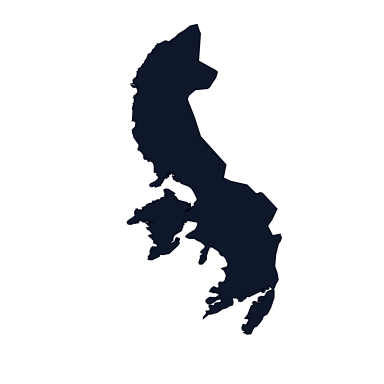 Ulstein nor, Møre og Romsdal, Norway, rotated 337°
{"feature_id": "86288312B47478936056679", "entity_name": "Ulstein nor", "entity_type": "district", "adm_level": 2, "iso_a3": "NOR", "parent_name": "Norway", "parent_adm1": "Møre og Romsdal", "projection": "albers", "projection_center": [5.867, 62.327], "detail": "fine", "context": "isolated", "style": "filled", "palette": "ink", "viewbox_px": 384, "rotation_deg": 337, "n_neighbors": 0, "source": "geoboundaries", "source_scale": "gbopen_adm2", "svg_char_len": 6092}
<svg xmlns="http://www.w3.org/2000/svg" viewBox="0 0 384 384"><g transform="rotate(337 192 192)"><path d="M262.0,39.9L254.9,38.7L249.2,40.4L241.6,41.5L235.6,43.8L235.0,43.5L229.6,45.1L226.5,42.6L220.1,43.1L218.1,42.4L218.1,43.2L215.7,43.5L215.7,44.3L211.2,46.1L211.2,46.9L210.0,47.2L209.9,48.0L205.1,48.6L204.9,49.4L201.7,52.5L200.9,52.4L200.9,53.2L199.3,53.6L199.2,54.8L196.4,55.4L195.9,57.0L194.8,56.6L194.7,57.4L190.7,58.0L191.1,59.2L190.3,59.2L189.8,60.3L188.6,59.9L188.4,61.1L187.5,62.2L187.7,63.4L186.9,63.4L186.8,64.2L186.1,64.2L185.6,65.3L183.6,64.9L183.6,65.7L181.6,66.0L181.0,69.1L179.8,69.1L182.3,70.9L181.6,73.0L178.2,70.2L178.9,72.6L180.0,72.4L180.1,73.1L181.7,73.4L182.2,74.4L182.0,75.6L182.8,75.6L180.5,80.3L179.4,79.9L179.3,80.7L176.5,80.9L176.1,82.1L175.3,82.1L175.4,84.1L174.9,85.3L173.4,87.6L172.6,87.6L172.6,89.6L171.8,89.5L171.7,90.7L170.9,90.7L169.8,92.2L169.8,93.8L169.3,95.0L166.3,100.9L166.2,101.7L165.2,102.8L166.0,102.8L166.1,103.7L167.4,104.8L167.7,105.5L167.5,106.7L165.3,110.2L161.5,111.6L160.5,115.4L160.6,116.9L160.0,118.9L162.0,127.6L160.5,130.7L159.6,130.8L159.1,131.9L159.5,132.7L160.1,132.8L161.7,136.6L162.2,140.3L161.2,141.0L161.2,143.1L163.9,144.3L163.7,145.8L164.2,146.9L165.2,146.5L166.3,147.0L168.0,150.2L167.8,151.9L168.1,152.0L165.3,159.1L167.3,159.8L167.1,161.7L166.4,162.2L166.5,163.0L167.3,164.3L167.0,165.7L166.0,166.9L162.5,168.1L156.9,168.5L155.9,169.3L155.9,170.2L157.1,171.3L160.4,171.6L160.4,173.1L165.6,173.5L165.8,172.7L168.5,171.4L172.0,168.4L174.3,169.1L174.5,166.6L175.2,166.6L175.4,168.2L176.4,168.6L177.0,166.8L178.2,166.4L179.0,166.9L177.0,165.6L176.7,164.5L178.6,164.6L180.0,165.9L179.3,166.8L181.1,166.4L181.0,166.7L181.9,167.4L181.5,167.8L182.2,168.0L182.2,168.7L183.6,169.3L183.0,169.9L183.1,170.9L180.9,170.5L180.0,169.3L180.7,170.6L180.1,172.7L182.6,176.6L184.4,176.8L186.0,180.0L191.4,185.2L193.1,188.1L193.9,191.8L194.4,200.5L192.9,202.1L189.6,203.5L189.2,205.4L188.7,206.1L187.0,205.8L185.3,207.1L182.5,207.7L178.7,207.8L178.9,207.0L181.0,206.3L184.5,206.4L185.0,205.4L184.7,204.4L185.5,203.1L185.6,201.8L184.4,201.7L183.2,202.6L182.1,202.0L183.3,200.6L183.2,200.0L175.9,194.3L175.0,190.1L173.1,187.5L175.3,186.5L171.2,180.5L169.4,179.3L167.1,179.2L166.8,183.2L165.4,184.8L166.4,186.8L161.6,185.5L158.9,187.0L157.3,185.8L153.5,186.3L152.7,185.3L151.6,186.3L150.0,186.8L148.5,186.1L145.3,186.2L144.6,187.1L143.2,187.4L140.4,187.1L139.8,188.9L138.7,189.2L136.9,188.2L135.8,188.2L135.1,186.6L134.4,187.0L134.0,186.1L131.4,188.2L131.0,190.4L130.2,192.1L123.1,193.5L121.2,194.1L120.6,194.9L120.8,196.2L122.2,197.4L124.6,198.0L125.9,197.6L128.0,198.7L129.4,197.3L130.3,197.5L129.8,199.0L130.6,199.1L132.4,197.3L134.0,197.3L134.0,198.5L134.8,198.7L135.3,200.3L136.9,199.5L136.6,201.0L137.2,201.3L138.4,200.5L144.1,204.1L143.1,204.4L137.8,202.8L140.0,207.7L138.6,208.3L136.5,207.5L136.8,209.2L137.5,209.6L138.9,212.5L138.8,213.3L139.3,214.0L139.4,215.3L138.7,215.8L135.4,215.4L136.1,217.7L137.1,218.2L137.0,219.4L137.8,220.9L138.1,222.5L137.1,223.3L137.4,224.2L139.5,226.1L139.7,227.5L138.6,229.0L137.5,229.1L134.5,227.2L132.7,227.8L130.0,230.7L130.4,232.3L126.7,234.6L127.2,235.1L125.6,236.7L127.2,238.0L129.4,238.6L136.7,238.2L137.3,236.8L138.7,236.9L141.2,238.2L146.9,239.4L157.3,235.7L160.0,234.1L160.3,233.5L159.7,232.4L161.8,230.8L162.0,229.9L161.3,229.5L159.6,231.3L158.8,231.5L158.7,230.8L160.5,229.3L160.2,228.2L158.8,228.9L157.0,231.0L153.2,231.8L152.6,230.7L152.8,229.5L155.4,228.7L155.6,227.5L158.8,224.5L167.0,223.2L169.9,220.2L170.3,218.9L171.7,218.7L172.4,216.9L173.5,216.6L174.5,217.4L176.1,216.1L177.4,216.5L185.1,221.5L185.4,223.2L183.7,225.6L180.2,228.3L173.3,229.2L169.1,230.4L169.2,231.1L171.3,233.4L176.1,235.4L178.3,238.6L181.0,241.3L183.5,246.7L182.2,248.6L176.9,250.5L176.7,251.4L178.2,252.3L178.2,253.6L174.7,254.3L174.3,256.1L171.0,259.5L170.9,261.0L172.4,262.0L174.0,261.9L178.8,259.5L180.1,256.3L183.7,252.1L186.2,249.8L188.0,249.5L189.3,250.5L192.7,255.4L193.9,258.0L193.7,259.7L194.3,261.7L196.6,263.5L197.4,267.4L197.1,269.7L197.5,272.1L195.6,274.5L194.7,274.8L189.7,274.2L191.2,277.0L191.4,282.2L187.8,286.7L184.9,287.5L182.6,286.0L181.5,286.2L180.5,287.7L180.5,289.7L178.9,290.7L177.4,290.6L174.9,287.8L172.5,288.4L169.6,290.4L172.8,293.1L174.3,293.3L177.4,296.5L177.3,297.6L172.9,298.7L166.9,296.1L163.4,296.8L162.4,297.8L162.2,298.8L163.2,301.1L164.2,301.8L167.9,301.8L171.8,300.8L175.1,300.9L177.3,302.0L176.4,304.4L174.8,305.0L170.4,303.6L169.1,304.2L168.6,305.4L166.8,305.5L166.2,304.4L164.3,303.4L163.1,303.8L163.3,306.7L162.7,307.8L160.6,308.3L158.7,307.3L158.4,307.7L158.7,308.9L157.7,309.9L153.7,311.9L153.4,312.5L160.9,310.4L161.0,311.5L168.2,312.5L174.4,311.3L179.1,311.9L180.8,311.2L185.1,311.5L186.4,309.8L186.9,308.0L186.9,306.2L188.0,305.2L190.9,306.3L193.4,308.2L192.8,308.8L193.1,309.8L192.6,310.7L194.7,311.8L196.3,311.7L197.0,310.4L199.0,311.0L201.8,309.2L203.6,310.5L216.2,309.8L217.2,310.4L218.0,312.1L219.1,312.2L219.1,311.4L220.4,311.4L220.0,310.8L219.1,310.8L218.5,309.4L219.2,309.1L224.3,311.1L224.9,310.6L224.8,309.6L225.1,308.7L226.2,308.7L228.9,312.8L229.9,312.5L232.9,309.3L236.8,306.5L238.3,300.6L238.9,292.6L244.4,282.2L251.1,273.2L253.7,271.7L256.2,269.1L256.4,265.4L248.9,263.9L248.1,252.6L254.5,248.5L263.4,240.8L256.2,220.8L254.2,219.2L252.4,219.6L249.9,218.5L245.3,207.2L231.6,197.4L226.1,191.3L233.7,180.1L221.3,144.3L223.1,124.2L223.6,104.7L226.6,101.6L235.0,98.9L246.9,102.6L248.9,102.1L258.4,95.8L262.0,91.4L261.1,89.5L248.9,74.0L261.5,49.3L261.4,46.4L262.0,39.9ZM222.7,313.6L221.0,314.3L219.0,316.2L216.7,316.4L214.8,315.3L212.6,315.2L211.3,316.2L212.2,317.5L210.8,317.6L210.2,318.6L210.6,319.7L213.7,319.5L213.0,321.3L211.8,321.7L208.8,320.4L208.2,318.7L206.5,317.2L204.7,317.5L204.9,320.1L202.1,320.2L195.6,326.9L191.7,329.0L195.0,330.8L194.3,332.6L189.8,335.9L187.3,334.1L184.9,336.8L184.8,338.8L187.8,341.0L185.0,341.7L187.3,344.2L190.8,345.3L193.9,342.2L196.7,340.4L198.8,340.7L203.1,338.7L207.1,336.1L209.0,333.9L213.4,333.5L218.7,329.4L225.9,321.3L228.6,315.5L228.8,313.4L222.7,313.6Z" fill="#0f172a" stroke="#020617" stroke-width="1.5"/></g></svg>